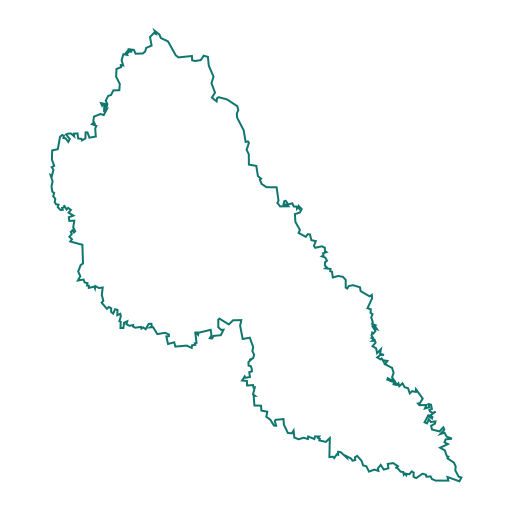 outline of Dinajpur, Rangpur, Bangladesh
{"feature_id": "16705992B66423446659680", "entity_name": "Dinajpur", "entity_type": "district", "adm_level": 2, "iso_a3": "BGD", "parent_name": "Bangladesh", "parent_adm1": "Rangpur", "projection": "natural_earth1", "projection_center": [88.877, 25.643], "detail": "fine", "context": "isolated", "style": "outline", "palette": "teal", "viewbox_px": 512, "rotation_deg": 0, "n_neighbors": 0, "source": "geoboundaries", "source_scale": "gbopen_adm2", "svg_char_len": 5993}
<svg xmlns="http://www.w3.org/2000/svg" viewBox="0 0 512 512"><path d="M159.4,34.5L154.6,30.7L155.8,33.9L153.9,33.0L150.0,37.1L151.6,45.6L146.2,47.9L145.1,51.6L142.7,53.5L135.6,53.7L133.9,49.9L128.5,49.2L128.2,50.5L132.2,51.7L128.6,51.7L127.3,53.9L126.8,51.9L125.7,53.2L126.9,54.8L123.4,54.2L121.6,60.2L123.2,65.5L120.8,65.1L121.1,67.1L116.5,69.0L116.1,76.7L119.8,84.0L119.3,90.2L113.4,90.4L111.0,95.0L108.2,95.9L105.7,100.7L107.3,104.0L106.3,108.5L105.7,104.1L101.0,103.1L102.1,105.6L102.8,104.3L104.3,105.0L104.1,110.7L106.7,109.4L103.7,115.1L100.5,114.0L94.0,116.6L93.3,120.8L95.1,124.6L93.2,123.0L91.9,124.1L96.4,126.0L95.2,128.5L95.8,136.5L89.4,137.7L87.5,132.4L85.6,132.4L85.4,138.5L81.9,140.4L81.4,138.8L78.2,138.5L77.5,133.4L73.8,133.7L74.2,136.4L70.9,133.5L68.2,133.6L66.1,134.5L69.8,139.0L68.3,141.9L65.5,138.3L63.4,138.0L63.9,135.8L62.1,135.0L60.0,136.9L57.8,149.2L52.2,150.4L51.9,159.6L54.2,165.8L51.7,167.2L53.4,169.8L51.9,175.9L50.6,175.1L52.6,181.4L51.5,186.3L52.3,191.7L54.2,193.0L53.2,196.3L55.3,198.8L54.7,202.1L56.1,204.3L58.5,204.7L57.7,207.1L60.5,210.0L62.7,209.8L62.1,207.9L64.7,207.1L63.9,205.1L66.6,209.5L68.1,207.9L70.9,209.9L68.6,212.6L73.4,215.6L68.8,217.2L69.3,220.9L74.3,220.7L73.2,227.4L75.2,231.3L73.9,232.5L72.4,230.3L70.8,231.9L71.8,234.0L69.4,236.8L72.0,239.2L70.3,241.5L82.4,244.8L83.0,263.5L80.7,265.0L78.2,271.5L80.3,276.2L77.9,280.5L83.6,279.5L84.6,282.4L87.5,283.2L87.0,285.5L88.8,285.7L88.8,287.9L94.3,286.6L95.0,288.4L95.4,286.1L98.9,288.0L102.7,287.5L101.8,294.9L103.3,300.9L101.6,302.6L106.9,308.8L108.9,307.0L111.2,308.3L111.1,311.9L113.2,313.6L115.1,309.2L117.5,309.9L117.3,315.2L120.3,313.8L120.8,316.3L119.4,321.2L120.7,321.8L120.5,328.0L123.4,328.0L124.1,322.7L127.2,321.3L126.4,324.2L129.5,325.8L133.2,325.0L133.0,326.5L135.2,327.7L141.0,326.9L141.4,328.6L143.2,327.4L145.7,329.2L148.6,324.0L151.4,323.7L151.8,326.3L150.1,327.4L153.1,327.2L157.3,334.1L165.1,332.8L168.9,334.5L168.9,336.2L166.4,336.4L168.0,344.0L174.2,342.3L175.4,346.6L186.7,345.6L191.7,347.9L192.1,345.3L195.3,344.8L194.8,343.3L196.5,342.9L195.3,332.5L197.9,332.5L197.3,334.0L198.1,334.8L198.3,332.8L210.7,329.8L211.5,335.3L209.8,338.2L212.0,338.5L213.6,335.9L220.8,335.2L223.5,329.7L221.2,329.9L218.3,327.3L218.3,319.6L219.4,318.6L228.8,324.4L233.1,320.3L241.3,320.1L240.1,325.7L242.7,339.0L249.8,337.7L253.2,347.1L252.4,351.1L254.1,354.7L253.2,358.1L249.3,359.9L250.7,360.0L248.4,362.1L248.6,365.6L250.9,366.3L251.8,369.1L251.9,371.4L249.3,372.1L249.9,377.0L245.4,377.8L244.7,376.4L242.1,380.5L246.9,381.0L247.1,385.5L253.1,385.1L253.5,387.5L254.8,387.3L253.0,394.4L255.1,395.9L253.7,396.0L254.4,405.5L261.0,405.7L261.4,410.6L267.3,411.7L266.3,416.8L270.3,419.7L274.0,425.6L276.1,425.7L274.8,421.1L275.7,419.8L283.5,419.1L283.9,424.7L287.9,433.0L291.9,433.3L293.6,430.5L294.3,437.5L298.7,439.3L303.5,437.7L307.9,439.0L308.2,436.5L314.3,439.0L315.1,436.4L319.2,436.5L318.1,438.0L319.8,438.8L319.3,440.4L325.8,441.9L329.8,438.1L329.4,457.1L333.0,456.7L334.2,458.1L336.8,454.3L338.2,454.8L338.1,451.8L340.6,452.1L346.8,457.7L346.3,456.1L351.0,458.5L352.5,460.7L355.2,460.1L355.0,457.3L357.2,455.9L361.7,461.0L363.1,465.4L366.4,466.3L369.0,471.6L374.4,469.6L378.4,470.9L377.9,468.4L380.7,464.9L383.8,469.6L388.4,468.3L387.8,463.9L393.2,463.1L397.9,466.2L395.5,468.1L397.1,467.6L400.6,471.7L403.2,472.0L403.8,474.8L405.0,473.5L406.3,475.3L406.8,473.9L409.4,474.2L411.7,471.4L413.7,472.6L413.5,476.8L416.1,478.1L422.6,473.7L425.9,474.7L426.4,476.7L430.6,476.4L431.9,479.0L435.6,480.6L448.3,480.6L447.5,477.0L459.4,481.3L461.4,477.5L458.7,476.7L455.3,470.4L455.7,466.5L454.0,462.7L447.5,458.4L448.4,456.7L446.9,456.2L444.8,450.4L440.1,447.7L447.9,444.1L444.5,442.3L445.6,439.4L451.9,438.7L446.6,436.6L444.5,432.7L440.4,434.0L444.3,429.7L443.3,427.3L439.5,431.4L432.0,429.5L431.1,425.8L435.0,423.6L435.4,421.4L430.8,422.0L428.9,419.2L427.0,423.4L424.6,422.3L428.7,414.5L428.5,415.9L432.0,418.4L432.4,417.0L430.2,415.4L435.7,411.7L432.7,412.9L429.9,411.4L429.4,409.8L431.9,409.0L431.0,404.7L428.7,404.1L429.2,407.2L424.9,408.5L426.4,405.0L419.5,405.2L418.0,403.5L419.9,403.2L422.7,398.6L416.0,389.3L415.8,391.9L412.0,391.2L409.8,393.4L408.0,388.2L404.6,387.2L402.5,383.3L399.3,386.2L398.4,383.2L396.7,385.0L393.5,384.3L393.7,383.1L396.4,384.2L394.6,380.8L391.9,381.6L387.3,379.6L387.8,378.2L390.6,379.9L393.3,379.2L392.1,377.2L393.6,372.9L392.1,367.9L384.9,364.1L387.4,361.0L383.8,360.3L383.8,362.1L381.7,358.4L380.5,359.4L377.2,357.4L380.3,355.0L384.0,354.9L380.1,353.7L380.9,349.2L377.1,353.2L376.1,348.3L372.5,346.2L375.6,342.6L374.9,340.9L372.2,340.9L374.1,339.5L371.7,338.1L372.9,337.6L371.5,335.6L372.2,332.6L373.4,333.5L375.4,331.0L373.5,328.0L377.0,329.2L374.9,326.1L373.6,327.8L372.5,326.2L375.2,325.1L372.1,323.8L372.8,322.1L371.2,317.5L372.5,314.1L370.5,312.8L370.8,309.3L367.5,308.2L372.1,298.3L371.8,294.9L369.7,296.4L360.6,291.1L360.0,287.3L353.0,285.2L348.7,286.1L347.3,288.5L345.7,287.6L345.7,279.9L342.9,276.8L338.1,276.0L332.8,277.5L332.0,271.8L330.2,271.2L330.5,268.9L325.4,268.3L326.7,267.3L324.9,265.5L325.0,262.3L327.0,260.7L325.2,257.6L321.9,256.3L323.5,255.5L323.1,253.3L326.5,252.1L325.0,251.1L324.8,247.7L321.7,246.3L315.2,247.8L313.9,245.8L315.8,241.1L311.4,240.2L309.9,234.4L307.8,234.2L305.8,236.8L298.6,233.0L299.9,229.9L295.4,221.9L294.9,214.1L299.8,212.5L301.7,209.1L299.0,206.3L299.1,208.5L297.9,207.3L296.9,208.6L296.7,206.5L293.8,206.5L292.2,203.3L288.3,204.5L285.7,200.8L284.3,201.2L283.4,205.0L286.3,204.3L288.2,206.3L280.1,206.4L277.4,202.9L278.5,200.6L276.6,187.3L266.5,187.2L261.6,183.9L259.8,179.6L261.1,178.7L257.9,176.1L256.3,165.9L248.9,164.6L248.8,154.2L246.6,149.9L248.9,142.8L247.9,141.4L245.6,141.9L243.7,130.3L237.2,117.8L236.8,113.6L238.3,110.1L237.3,106.2L227.0,99.4L218.6,97.2L217.1,98.1L216.6,101.4L211.9,97.6L215.0,92.6L211.5,83.2L213.5,76.6L208.8,65.7L207.9,56.9L203.7,55.7L200.8,60.1L195.0,61.0L192.2,60.3L191.9,56.0L178.5,57.4L175.8,55.4L168.0,41.4L160.8,38.0L159.4,34.5Z" fill="none" stroke="#0f766e" stroke-width="2"/></svg>